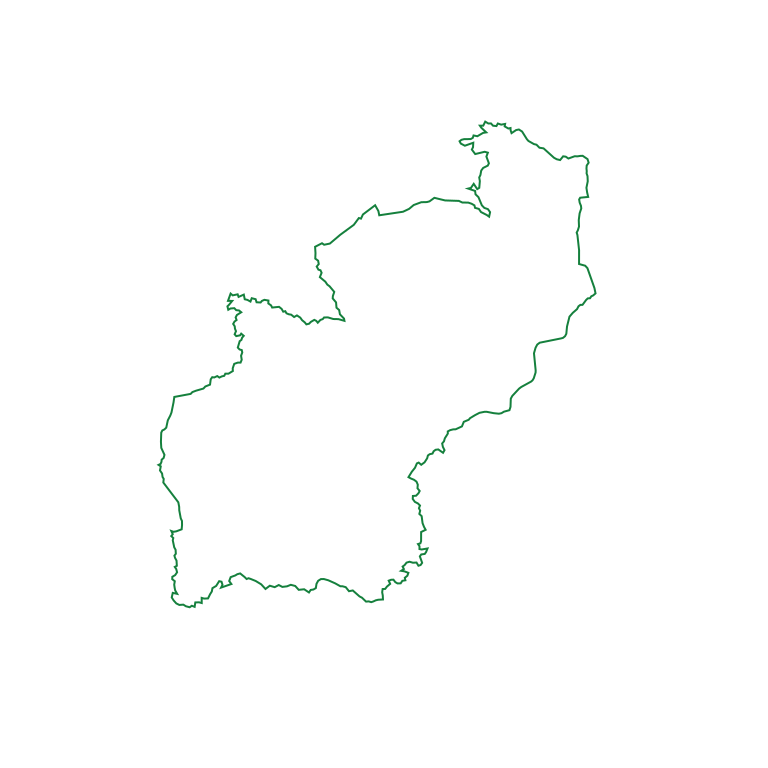 outline of Tupanciretã, Rio Grande do Sul, Brazil, rotated 141°
{"feature_id": "56859067B7192877015433", "entity_name": "Tupanciretã", "entity_type": "district", "adm_level": 2, "iso_a3": "BRA", "parent_name": "Brazil", "parent_adm1": "Rio Grande do Sul", "projection": "robinson", "projection_center": [-54.006, -29.009], "detail": "fine", "context": "isolated", "style": "outline", "palette": "green", "viewbox_px": 768, "rotation_deg": 141, "n_neighbors": 0, "source": "geoboundaries", "source_scale": "gbopen_adm2", "svg_char_len": 6152}
<svg xmlns="http://www.w3.org/2000/svg" viewBox="0 0 768 768"><g transform="rotate(141 384 384)"><path d="M453.7,228.8L458.9,231.7L460.3,233.4L458.5,235.6L458.3,238.2L456.0,237.3L454.1,238.5L448.3,245.6L443.4,244.5L442.8,247.8L441.6,251.6L437.9,257.6L438.3,260.8L435.6,262.8L435.0,265.5L432.5,266.9L432.8,269.8L434.2,273.0L434.0,276.6L432.0,278.8L429.4,277.0L426.0,277.4L423.6,278.4L423.6,281.9L421.1,284.5L420.2,287.7L421.0,290.8L422.5,293.5L423.6,296.2L417.6,298.3L412.6,299.4L408.4,301.6L406.5,301.1L405.9,297.8L401.8,297.6L397.2,299.1L394.9,300.8L392.7,300.7L390.1,299.4L387.7,300.5L385.3,300.4L383.0,299.0L381.4,293.4L378.6,294.5L377.8,298.1L376.2,301.2L373.5,301.7L370.9,303.5L365.6,305.3L364.3,307.0L361.6,306.5L358.8,305.2L356.8,303.7L350.1,302.0L345.8,304.4L340.7,302.9L338.5,303.3L332.8,302.5L327.9,301.5L323.5,299.2L321.8,297.9L317.1,292.3L313.4,288.6L311.1,287.4L308.2,287.0L303.0,284.7L300.1,286.6L294.7,292.8L291.8,294.0L281.9,295.4L279.2,295.3L268.1,293.3L266.2,293.4L264.0,294.2L259.0,297.5L257.6,299.1L248.1,313.5L243.4,316.8L240.1,318.2L237.0,318.1L217.7,308.0L215.9,307.2L213.2,307.2L210.7,308.3L205.6,313.5L197.5,319.6L192.5,320.5L186.9,320.7L183.9,322.0L181.6,321.9L179.9,320.6L174.1,322.1L171.8,322.3L169.9,321.0L167.7,321.7L165.8,321.2L162.6,321.3L160.1,326.1L153.0,346.0L153.2,349.3L156.9,354.5L148.2,365.2L139.9,378.1L139.0,380.4L136.7,381.4L133.4,383.6L129.5,388.8L124.6,393.5L120.2,396.3L118.8,398.5L117.8,401.8L116.2,404.6L114.3,405.3L107.6,400.9L105.6,405.0L103.2,409.1L98.1,413.3L95.0,417.5L94.0,420.2L92.5,421.8L91.0,424.1L89.0,426.2L85.7,427.2L84.3,430.7L86.0,436.3L88.0,437.8L90.3,439.1L92.5,441.0L98.8,443.2L99.7,446.3L101.5,448.2L106.2,447.2L108.3,449.9L109.5,452.8L111.7,466.7L114.5,469.8L114.9,474.0L116.5,476.1L118.8,482.0L118.9,484.3L117.8,493.3L119.0,496.9L121.5,498.2L127.0,498.7L125.9,501.6L124.6,503.3L126.6,504.3L128.1,508.3L126.2,509.9L129.7,511.8L131.6,514.8L134.3,513.7L136.7,516.1L136.9,519.2L139.0,520.8L140.2,524.2L144.3,522.3L146.9,524.4L147.1,521.9L146.2,515.2L149.0,516.8L155.5,517.8L158.0,520.8L160.1,519.4L162.5,519.8L167.7,523.9L170.1,525.0L172.5,525.1L173.0,522.5L171.2,518.3L162.8,515.3L165.8,512.0L168.2,510.9L168.4,505.3L159.6,501.1L157.7,498.4L161.3,496.3L163.6,489.5L165.9,488.4L170.9,489.5L174.1,488.7L177.6,485.7L180.0,484.6L181.8,481.4L186.5,476.5L188.9,476.8L188.3,483.1L193.0,481.7L195.6,482.9L191.7,476.7L193.5,473.8L193.0,469.8L195.5,461.3L195.2,457.7L193.2,454.5L193.4,450.8L197.0,447.9L197.8,450.7L200.4,456.6L200.1,460.4L202.4,463.6L201.3,465.9L202.5,469.0L204.4,472.0L208.9,475.7L210.6,479.2L221.0,488.2L227.7,497.0L233.7,497.3L236.2,498.4L240.6,501.8L248.3,504.4L254.3,504.3L260.8,505.9L281.5,518.1L279.5,522.0L278.4,528.5L293.7,529.0L297.8,527.0L299.1,528.8L307.3,526.7L324.2,527.5L337.7,527.2L342.9,529.9L343.6,532.4L351.2,534.0L354.9,528.8L358.5,524.7L357.6,521.3L359.2,518.3L362.4,517.6L363.0,514.1L361.8,512.4L362.5,509.7L366.6,507.4L365.2,500.4L365.5,496.9L364.8,494.2L364.7,486.9L368.4,484.5L370.0,482.8L369.9,477.6L372.9,473.2L372.3,469.7L374.4,465.9L373.9,460.0L375.0,458.0L378.6,463.1L382.5,466.4L385.7,471.1L388.7,473.4L390.8,473.0L393.1,473.8L396.9,473.3L396.9,475.7L397.8,477.7L401.8,478.3L404.3,478.0L406.8,479.2L406.8,481.8L407.5,485.1L407.3,488.3L408.5,492.1L411.7,492.6L412.5,496.3L414.1,498.1L415.3,500.3L414.9,502.7L416.8,503.6L416.3,506.8L417.0,510.0L422.8,513.8L422.3,516.2L423.2,519.4L421.3,521.6L424.0,524.7L426.6,525.4L428.6,525.0L431.6,527.7L430.4,530.7L432.8,533.9L435.9,532.1L437.2,535.3L438.9,537.5L436.7,541.7L442.2,543.2L441.3,545.8L445.8,548.1L446.3,550.8L452.9,546.8L449.7,544.1L454.5,543.1L456.8,542.9L458.3,539.7L455.8,539.3L452.6,537.1L452.4,534.4L450.4,532.4L449.8,529.6L454.9,530.2L457.4,529.1L458.3,526.5L460.9,526.6L463.4,525.6L463.7,522.8L465.0,520.8L465.8,518.2L468.8,516.6L468.7,514.2L465.2,512.4L463.3,513.0L462.7,509.7L465.1,509.3L467.1,508.0L469.2,508.1L474.7,504.3L474.5,501.7L473.2,499.9L474.3,497.7L477.3,495.9L479.3,492.4L482.0,490.9L484.1,492.6L487.7,493.9L491.7,491.4L493.3,489.2L498.3,489.9L500.8,491.9L503.0,490.9L505.3,492.0L507.9,492.6L508.6,495.1L511.8,495.9L513.2,497.4L515.7,496.7L519.6,493.0L524.4,494.5L527.2,494.1L534.3,497.1L538.0,498.3L540.5,498.0L555.1,505.9L559.2,502.1L567.1,495.6L569.9,494.0L574.9,491.8L580.7,487.1L583.3,486.9L585.5,487.4L587.7,486.4L593.7,479.5L597.3,474.5L599.2,467.1L601.8,465.2L604.4,465.1L606.0,463.5L607.9,462.5L610.1,463.0L609.3,460.5L612.5,457.8L612.8,454.1L614.6,451.1L614.9,448.9L617.5,446.3L618.3,421.5L620.5,417.4L622.6,414.7L626.5,407.5L627.2,404.7L629.7,401.5L632.7,398.4L638.1,400.2L640.6,401.6L641.8,403.6L642.7,400.2L645.0,399.7L644.7,396.9L646.5,395.5L649.8,389.1L650.3,386.3L652.6,383.1L654.9,382.5L655.8,380.4L656.4,377.3L659.4,373.1L661.7,373.5L661.9,371.0L663.3,367.9L666.6,366.9L669.8,367.4L671.4,365.6L670.7,362.4L673.3,360.1L675.1,357.1L676.2,354.9L676.8,351.1L679.6,354.6L683.3,351.7L683.7,348.1L683.5,344.2L682.1,341.1L678.8,338.8L677.8,335.9L675.5,332.8L672.9,332.6L671.4,330.0L668.1,333.0L665.1,330.7L663.5,328.5L660.3,332.5L658.9,330.5L655.7,328.1L651.4,330.1L648.4,331.1L645.8,333.3L641.5,332.7L636.2,334.5L634.7,332.6L635.9,329.6L638.7,328.3L628.5,324.6L628.3,328.3L624.7,330.4L620.0,328.8L617.7,328.5L615.0,327.3L613.8,321.7L613.5,318.9L611.5,318.3L610.3,316.4L607.7,311.7L605.5,305.6L605.1,299.3L599.7,299.1L596.8,294.9L592.3,294.0L590.7,290.3L586.7,287.8L582.8,286.6L580.1,282.9L579.8,277.7L575.2,274.7L573.5,269.2L570.6,270.1L568.2,268.7L565.4,268.3L562.2,271.2L559.0,272.5L555.8,272.1L553.5,270.3L550.8,266.5L547.4,259.8L545.2,254.3L543.6,253.0L541.6,250.2L541.6,245.0L538.2,243.2L536.7,234.3L535.6,231.8L534.9,226.2L532.7,224.7L531.2,222.5L529.1,221.7L526.6,221.1L524.3,220.0L520.4,217.2L518.0,220.5L516.5,223.3L514.1,225.5L512.0,224.0L509.3,224.7L505.0,224.8L504.1,228.2L501.7,227.4L499.8,226.0L499.9,222.9L499.0,220.5L496.5,218.6L493.6,219.5L490.9,218.0L489.8,220.3L486.5,220.3L483.9,221.9L486.0,225.5L488.2,228.0L485.0,227.7L484.4,230.4L481.9,230.3L478.9,231.0L476.0,229.8L474.0,226.9L471.1,224.8L471.6,221.1L469.5,220.3L466.9,221.0L464.6,227.5L462.3,228.1L459.3,226.3L457.1,226.9L453.7,228.8Z" fill="none" stroke="#15803d" stroke-width="2"/></g></svg>